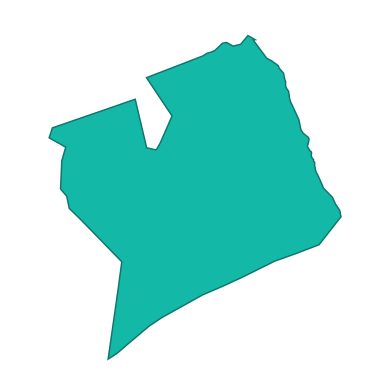 outline of Koubenni, Hodh el Gharbi, Mauritania, rotated 161°
{"feature_id": "47542326B43555481021158", "entity_name": "Koubenni", "entity_type": "district", "adm_level": 2, "iso_a3": "MRT", "parent_name": "Mauritania", "parent_adm1": "Hodh el Gharbi", "projection": "albers", "projection_center": [-9.623, 15.9], "detail": "fine", "context": "isolated", "style": "filled", "palette": "teal", "viewbox_px": 384, "rotation_deg": 161, "n_neighbors": 0, "source": "geoboundaries", "source_scale": "gbopen_adm2", "svg_char_len": 1224}
<svg xmlns="http://www.w3.org/2000/svg" viewBox="0 0 384 384"><g transform="rotate(161 192 192)"><path d="M325.7,61.3L315.0,64.0L301.5,69.4L276.4,79.1L261.4,83.1L216.0,91.2L192.6,93.0L171.9,95.1L136.3,99.7L112.4,100.0L89.0,100.8L59.5,119.9L59.2,120.0L58.3,126.4L60.2,133.6L61.0,141.4L66.4,152.7L66.7,157.5L67.4,165.7L68.2,171.1L67.4,177.4L66.3,180.1L67.0,181.4L66.8,182.3L66.5,183.2L67.1,184.1L67.6,186.8L67.1,188.4L66.3,189.7L66.2,190.7L66.3,191.6L67.0,192.4L68.1,197.4L64.4,203.1L64.1,204.3L64.3,205.9L67.7,211.3L68.8,215.3L67.4,225.6L69.3,244.2L69.5,244.8L69.3,248.5L68.7,251.6L68.2,254.2L67.9,255.6L68.9,259.3L69.0,261.5L68.6,263.0L67.5,265.9L67.7,267.6L67.5,268.6L67.5,270.4L66.9,273.1L66.8,274.7L69.2,280.4L69.3,283.3L74.1,290.2L77.7,293.9L77.9,294.4L84.7,315.9L82.8,315.5L88.2,321.7L97.9,315.8L105.7,316.6L110.6,322.1L114.8,322.7L124.4,318.3L128.8,318.0L132.5,318.3L137.7,317.1L197.8,314.9L186.1,270.4L205.8,249.0L211.6,243.8L213.0,243.9L220.5,248.6L215.5,298.2L303.1,298.1L309.4,289.8L308.9,289.3L309.0,289.2L296.8,275.5L305.0,263.8L310.7,249.3L315.3,237.6L311.8,228.7L313.4,216.5L313.1,215.8L306.9,203.6L290.0,167.8L281.1,148.9L293.2,124.7L325.7,61.3Z" fill="#14b8a6" stroke="#0f766e" stroke-width="1.5"/></g></svg>